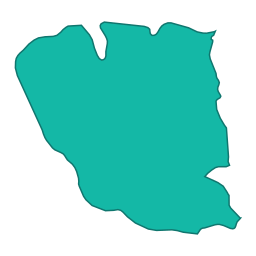 Galati, Robinson projection
{"feature_id": "ROU-315", "entity_name": "Galati", "entity_type": "County", "adm_level": 1, "iso_a3": "ROU", "parent_name": "Romania", "parent_adm1": "", "projection": "robinson", "projection_center": [27.834, 45.761], "detail": "fine", "context": "isolated", "style": "filled", "palette": "teal", "viewbox_px": 256, "rotation_deg": 0, "n_neighbors": 0, "source": "natural_earth", "source_scale": "10m", "svg_char_len": 1867}
<svg xmlns="http://www.w3.org/2000/svg" viewBox="0 0 256 256"><path d="M215.3,31.2L213.6,35.3L211.8,36.4L211.2,37.8L211.2,39.4L212.7,40.2L212.7,41.8L209.9,51.9L209.4,54.8L210.2,58.9L216.0,73.4L216.4,76.6L217.0,78.3L218.4,80.3L219.3,82.6L218.8,84.8L217.9,87.0L217.6,89.3L218.2,91.5L220.3,95.1L220.8,96.2L220.1,97.7L217.0,99.6L216.0,101.2L216.7,109.5L220.3,118.3L224.4,125.2L226.4,127.9L228.5,156.9L228.1,161.6L229.5,165.3L226.2,166.7L218.5,166.7L215.4,167.6L211.6,170.1L207.7,173.3L204.8,176.6L217.9,182.6L223.2,186.2L227.2,192.4L228.1,194.2L228.6,194.8L229.0,195.4L229.1,205.2L230.7,208.1L237.0,214.7L240.1,218.0L240.6,218.0L240.3,218.4L237.1,221.9L236.2,224.2L235.8,225.8L235.0,227.6L234.1,228.4L232.8,228.8L230.4,228.4L223.6,225.5L219.5,224.4L217.4,224.4L214.9,224.8L204.7,227.9L202.3,228.2L200.5,229.3L197.4,233.9L183.2,232.2L177.4,230.6L171.9,229.8L156.5,230.4L148.3,229.0L135.4,223.0L127.5,216.8L122.8,211.9L120.7,210.3L117.9,209.6L113.7,210.3L105.5,210.7L92.1,205.5L85.9,199.7L83.6,196.3L79.3,186.3L78.6,184.0L78.8,181.3L78.5,178.0L76.7,171.6L74.9,167.6L72.4,164.2L67.4,159.9L65.9,157.6L64.8,155.8L63.4,154.0L61.0,152.6L54.8,149.8L52.5,147.9L46.6,140.4L45.0,137.7L43.5,134.1L42.2,129.9L17.4,75.6L15.4,67.9L15.6,61.6L16.3,58.3L17.9,55.5L19.9,53.2L23.3,50.2L29.0,44.0L34.1,40.1L38.5,37.9L45.1,36.8L53.2,36.4L57.0,35.3L60.8,32.2L63.1,29.6L65.9,27.4L68.1,26.1L81.4,25.3L89.4,34.8L92.2,39.8L94.4,48.1L97.3,55.4L99.3,58.6L101.7,60.1L103.3,59.7L104.6,58.9L105.4,57.6L105.9,55.9L105.9,51.5L107.3,43.7L107.4,41.0L106.6,38.4L105.3,35.7L100.5,27.9L100.2,25.6L101.1,23.8L104.3,22.1L144.2,26.4L147.9,27.6L149.7,29.3L149.9,31.5L150.3,33.7L151.9,35.4L154.3,35.3L156.3,34.2L157.7,32.4L160.0,28.3L161.8,26.0L164.1,24.3L167.8,22.9L171.1,22.9L188.6,27.8L197.2,31.9L203.1,33.1L206.6,33.2L214.3,31.7L215.1,31.3L215.3,31.2Z" fill="#14b8a6" stroke="#0f766e" stroke-width="1.5"/></svg>